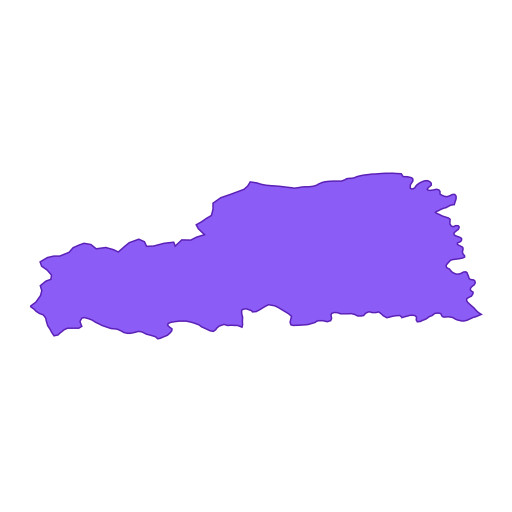 the district of Pastavy, Vitebsk, Belarus
{"feature_id": "67162791B41761210959552", "entity_name": "Pastavy", "entity_type": "district", "adm_level": 2, "iso_a3": "BLR", "parent_name": "Belarus", "parent_adm1": "Vitebsk", "projection": "natural_earth1", "projection_center": [27.066, 55.118], "detail": "fine", "context": "isolated", "style": "filled", "palette": "violet", "viewbox_px": 512, "rotation_deg": 0, "n_neighbors": 0, "source": "geoboundaries", "source_scale": "gbopen_adm2", "svg_char_len": 5303}
<svg xmlns="http://www.w3.org/2000/svg" viewBox="0 0 512 512"><path d="M54.5,335.7L57.9,335.0L59.8,333.2L64.2,329.7L67.6,328.2L72.5,328.2L78.8,328.2L81.8,326.3L80.8,323.9L80.0,321.6L80.8,319.8L82.0,318.0L84.6,317.6L88.8,318.8L92.2,320.1L95.6,322.3L99.6,324.2L102.1,325.5L107.3,327.3L111.3,328.6L114.3,328.8L117.3,329.2L120.9,330.8L123.9,332.5L127.3,333.3L130.3,333.3L134.4,332.5L138.4,331.4L142.0,331.9L146.2,334.1L150.8,335.3L155.4,336.7L157.8,338.8L160.2,338.3L163.4,336.9L167.4,335.3L170.4,332.6L171.8,330.7L172.0,328.9L169.4,327.0L167.6,325.2L168.2,323.5L171.0,322.3L174.6,321.7L179.4,321.1L185.9,321.1L190.5,322.0L194.5,323.2L199.3,325.0L201.3,326.7L205.9,328.8L209.9,330.7L213.3,331.4L215.7,329.7L216.7,328.2L219.1,326.1L224.0,324.4L227.6,325.5L231.2,325.2L233.8,325.4L237.8,325.5L242.0,327.2L242.6,324.7L242.4,321.6L242.6,317.2L241.8,314.2L241.6,311.3L242.0,309.7L243.8,309.1L246.2,308.8L251.6,310.7L252.4,311.9L256.2,311.6L259.8,309.7L264.8,306.6L268.6,304.7L274.7,305.8L278.3,307.5L280.9,309.1L283.7,310.8L288.7,313.8L291.5,316.3L290.5,320.4L290.1,322.3L290.9,324.8L292.9,325.4L294.3,325.4L299.3,325.2L305.4,324.8L308.2,324.5L315.0,322.5L316.4,321.4L318.6,320.7L323.0,320.7L327.2,321.7L330.6,320.7L331.6,318.5L331.0,314.9L331.8,313.3L334.4,312.5L337.6,312.7L340.6,313.8L344.7,313.8L347.9,313.8L351.3,313.6L354.7,314.5L357.9,316.0L361.1,316.0L363.7,315.5L365.5,313.3L368.5,311.9L370.1,311.9L372.1,312.6L375.9,312.6L378.6,311.9L381.4,313.9L383.2,315.7L386.8,317.7L389.2,317.2L392.0,316.4L395.2,315.8L399.8,315.5L402.0,317.4L402.0,317.6L402.9,317.3L407.3,316.1L410.1,315.3L412.9,315.3L414.7,315.5L416.4,316.8L416.4,318.9L416.2,319.9L417.3,321.8L420.7,321.4L421.9,320.6L423.6,320.0L426.2,318.9L428.0,317.6L429.2,316.7L432.2,315.5L433.6,314.4L434.6,313.5L436.8,313.1L438.1,313.1L439.8,313.3L440.9,313.8L441.5,315.2L442.3,316.5L444.0,317.1L446.6,316.9L448.8,316.8L452.6,317.5L455.0,318.9L457.2,319.9L459.3,320.4L461.4,320.9L463.6,321.0L464.9,320.8L467.2,320.2L468.6,319.5L470.9,318.5L473.0,317.5L475.9,316.7L479.2,315.3L481.3,314.4L478.5,312.6L476.2,310.5L474.2,308.2L472.2,306.4L470.1,304.6L467.6,302.2L466.6,300.5L466.8,298.6L468.4,297.7L469.7,296.9L471.4,296.2L472.1,295.1L472.9,293.9L473.1,292.2L471.8,291.3L470.7,290.4L470.3,289.4L470.6,288.2L471.4,287.0L472.5,286.1L474.1,284.9L474.7,284.0L475.2,282.9L474.9,281.0L473.6,279.9L472.1,279.8L470.1,279.3L469.0,278.3L468.7,276.9L467.9,274.9L467.4,273.8L467.1,272.8L466.0,271.9L464.1,271.9L462.8,272.4L460.7,273.5L459.0,274.0L457.0,274.1L455.9,274.0L453.2,272.8L451.9,271.9L450.5,270.4L449.6,269.1L447.4,268.1L446.4,267.2L446.1,265.5L446.8,264.4L447.8,263.2L448.8,262.1L450.5,260.3L452.6,259.6L455.5,259.2L458.7,258.8L460.9,258.4L462.7,258.0L464.6,257.1L464.7,256.0L463.9,254.9L463.0,253.9L462.5,252.5L462.5,251.2L463.0,249.6L463.0,248.0L462.3,247.0L460.5,246.1L458.7,245.2L457.4,244.3L457.4,243.1L458.1,242.6L459.4,242.2L460.8,241.4L461.6,239.9L461.5,238.4L460.0,237.4L458.5,236.8L455.6,235.8L454.4,235.0L453.9,234.1L454.1,232.9L454.8,232.1L455.8,231.3L456.8,230.5L458.2,229.5L458.8,228.3L459.2,227.0L458.3,225.8L456.1,225.6L455.4,225.7L454.1,226.5L453.1,226.5L452.2,226.5L451.0,225.7L450.0,224.1L449.9,222.7L450.0,220.9L450.1,219.3L448.3,217.9L446.6,217.4L443.8,216.5L442.3,216.0L439.4,214.5L436.4,213.2L435.4,212.4L436.3,211.6L438.5,210.7L440.6,209.5L442.7,208.6L444.1,208.1L445.9,207.7L448.2,206.5L450.0,205.5L451.7,205.0L453.3,204.7L454.2,204.7L454.8,202.9L455.2,201.4L455.6,200.4L456.0,199.2L456.1,198.3L456.1,196.6L455.7,195.5L454.7,194.4L453.7,194.4L452.3,194.5L450.7,195.3L449.2,196.0L446.9,196.7L444.0,196.2L441.1,194.8L440.1,194.2L440.0,192.9L440.0,191.5L439.0,190.0L436.8,189.3L435.6,189.4L433.4,190.0L430.1,190.4L428.6,190.3L427.3,189.5L427.4,188.7L428.8,187.2L430.1,186.2L431.3,185.1L431.2,183.2L429.8,181.7L427.7,180.7L426.0,180.7L424.2,180.9L421.8,181.9L419.7,182.9L417.0,184.8L415.7,186.3L414.8,187.8L413.1,188.8L411.7,188.9L410.4,188.3L410.2,186.3L410.4,184.8L411.7,182.8L412.8,181.1L412.9,179.1L411.7,177.8L408.8,177.0L406.8,176.7L404.6,176.7L403.4,176.6L402.4,175.7L402.0,174.8L401.3,173.8L398.8,173.6L396.2,173.5L392.5,173.2L388.4,173.3L384.6,173.3L380.2,173.6L375.3,174.0L371.8,174.1L367.9,174.6L363.8,175.1L360.6,175.7L356.7,176.7L354.3,177.8L351.6,178.3L349.7,178.3L346.6,178.7L345.1,179.7L341.5,181.1L338.8,181.1L333.2,181.1L331.7,181.2L329.2,181.3L325.3,181.7L322.4,182.4L318.8,183.9L316.6,185.2L313.9,186.1L310.7,186.6L307.9,186.8L304.7,186.8L301.3,187.1L298.2,187.7L294.1,188.2L292.1,187.8L287.7,187.3L279.5,186.3L274.4,185.9L271.0,185.7L265.8,185.2L261.2,184.3L256.8,182.9L250.2,181.9L247.9,185.8L244.1,189.3L230.7,194.3L220.8,197.7L213.0,203.2L213.0,209.3L211.4,215.5L206.7,218.2L201.4,221.9L196.2,224.8L198.3,228.7L204.5,234.7L196.4,237.2L190.8,240.1L181.8,239.9L175.2,246.1L173.7,242.2L164.0,243.3L153.5,246.1L146.6,246.3L144.4,241.7L138.8,239.2L129.2,242.7L124.8,246.3L118.3,252.0L113.6,249.7L105.8,247.5L96.2,248.8L90.9,244.5L84.0,243.3L78.7,245.2L73.1,247.7L69.1,252.3L59.7,256.1L53.8,256.1L47.5,257.5L40.1,261.9L41.6,266.2L47.2,270.1L51.5,275.1L50.9,279.3L45.9,281.1L40.3,285.7L41.8,290.7L40.5,295.6L35.8,302.2L30.8,305.9L30.7,306.7L34.1,309.2L36.1,311.3L39.5,313.5L43.3,314.9L45.8,318.2L46.2,320.7L47.7,325.7L50.1,329.3L51.6,332.2L54.0,335.8L54.5,335.7Z" fill="#8b5cf6" stroke="#5b21b6" stroke-width="1.5"/></svg>